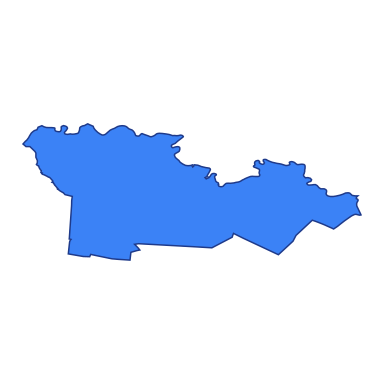 the district of Ape, Apes, Latvia
{"feature_id": "27541924B31450842752545", "entity_name": "Ape", "entity_type": "district", "adm_level": 2, "iso_a3": "LVA", "parent_name": "Latvia", "parent_adm1": "Apes", "projection": "natural_earth1", "projection_center": [26.703, 57.539], "detail": "fine", "context": "isolated", "style": "filled", "palette": "blue", "viewbox_px": 384, "rotation_deg": 0, "n_neighbors": 0, "source": "geoboundaries", "source_scale": "gbopen_adm2", "svg_char_len": 5902}
<svg xmlns="http://www.w3.org/2000/svg" viewBox="0 0 384 384"><path d="M352.5,215.4L353.0,215.2L354.2,214.6L355.0,214.4L356.0,214.3L357.1,214.6L358.5,214.9L359.1,215.1L360.2,215.1L361.0,214.9L360.7,214.2L356.8,206.0L356.6,203.8L357.0,202.4L357.9,200.9L358.1,200.1L357.7,199.3L356.3,198.6L356.5,197.1L357.8,195.9L355.2,195.9L352.2,195.4L349.7,193.1L348.2,192.8L345.6,193.0L342.9,194.2L339.9,195.2L335.9,196.1L333.2,196.5L330.6,196.5L328.8,196.2L327.3,195.6L326.4,194.6L326.1,193.6L326.6,191.7L326.5,190.4L325.7,189.5L324.1,188.8L320.8,188.8L319.0,187.7L317.2,185.6L315.5,184.6L313.9,184.6L312.0,184.9L309.1,185.1L308.2,185.0L307.2,184.2L306.8,183.4L307.1,183.0L308.8,182.0L310.8,181.4L311.6,179.8L310.4,178.3L307.9,177.6L305.4,177.8L304.0,176.4L303.7,175.9L303.6,175.5L303.5,175.0L303.8,174.2L304.2,173.5L304.8,170.9L304.6,170.1L304.8,169.5L305.0,168.8L305.1,166.7L305.0,165.8L304.9,165.3L304.6,165.0L304.0,164.5L302.9,164.3L301.9,164.2L300.4,164.3L298.4,164.6L297.7,164.6L297.1,164.5L296.2,163.9L295.5,163.4L294.7,162.6L293.6,162.1L292.7,161.8L291.8,161.6L290.8,161.7L289.8,162.0L289.4,162.3L289.3,162.5L289.9,164.2L289.8,164.5L289.4,164.8L288.9,165.0L288.0,165.3L286.9,165.5L285.7,165.5L285.1,165.3L284.4,165.1L283.8,164.9L281.3,164.1L280.3,163.9L279.3,163.7L277.1,163.4L275.8,163.1L274.6,162.8L273.2,162.5L272.3,162.3L269.8,161.4L267.6,160.4L266.6,159.8L266.0,159.5L265.2,159.4L264.7,159.4L263.9,159.5L263.5,159.7L263.3,159.9L263.2,160.1L263.3,161.2L264.0,162.1L264.4,162.9L263.7,164.0L262.9,164.3L262.1,164.3L260.8,163.8L259.5,163.0L259.3,162.6L259.7,161.9L259.3,161.3L258.7,160.7L258.3,160.5L257.7,160.5L257.1,160.6L255.8,161.0L254.8,162.0L254.6,162.6L254.7,163.0L254.6,163.4L254.6,163.7L254.9,164.4L254.9,164.7L254.8,165.0L254.6,165.3L254.0,165.7L253.7,165.9L253.5,166.2L253.5,166.5L254.0,167.1L255.7,167.7L256.5,168.0L257.5,168.5L258.3,168.8L258.9,169.1L259.4,169.5L259.5,170.0L259.5,170.7L259.4,171.3L259.2,172.1L259.1,172.8L259.4,174.1L259.7,174.4L259.8,175.0L259.7,175.4L259.5,175.9L259.0,176.2L258.2,176.5L257.3,176.5L255.4,176.5L253.4,176.4L252.3,176.3L251.4,176.4L250.5,176.5L249.6,176.8L246.8,177.9L245.0,178.7L244.2,179.2L242.4,180.0L240.4,181.3L238.5,182.0L235.8,182.4L234.0,182.9L230.3,183.3L228.3,183.2L226.8,183.3L226.2,183.4L225.7,183.7L224.4,184.8L223.3,186.1L222.5,186.5L221.5,186.7L220.5,186.7L219.5,186.4L218.7,186.0L218.6,185.6L218.4,185.2L218.2,184.8L218.7,184.5L218.5,183.8L218.4,183.1L218.0,182.7L217.3,182.4L216.7,182.1L216.2,181.6L215.8,181.2L215.6,180.7L215.4,179.7L215.2,179.0L214.8,177.9L214.6,176.9L214.7,176.4L215.0,175.9L216.0,175.2L216.3,174.9L216.3,174.4L216.0,174.1L215.7,173.9L214.3,173.5L213.4,173.5L212.6,173.6L211.8,174.0L211.1,174.7L210.5,175.7L209.8,176.7L209.3,177.1L208.5,177.1L208.8,177.7L206.2,178.9L205.0,177.6L206.2,177.0L206.9,176.7L207.3,175.4L209.3,172.0L210.4,169.7L210.1,168.7L209.2,168.1L205.8,167.6L201.1,166.5L200.0,166.0L197.8,165.2L194.2,164.8L193.9,164.9L193.7,166.2L192.7,167.0L192.1,166.0L192.2,165.0L190.5,165.5L188.0,165.7L185.5,165.4L182.7,164.0L180.2,162.3L178.8,160.4L177.5,159.4L175.4,157.5L174.7,156.1L174.4,155.0L174.7,154.1L175.3,153.7L176.3,153.0L178.2,152.0L179.3,151.1L179.8,149.4L179.8,147.9L179.5,147.3L178.9,146.9L177.9,146.6L176.7,146.7L175.1,147.0L173.7,147.5L172.6,147.7L172.1,147.5L171.6,146.7L171.3,146.1L171.6,145.2L172.8,144.4L175.2,143.4L176.5,142.2L178.0,140.9L180.9,138.7L183.1,137.0L183.3,136.4L182.8,135.9L181.9,135.3L180.4,135.1L178.3,135.6L176.6,135.7L174.5,135.5L172.6,135.6L169.2,134.5L166.3,134.0L162.5,133.5L159.4,133.3L157.7,133.5L156.5,133.9L154.9,135.2L153.5,136.0L151.6,136.7L150.2,136.7L148.1,135.8L144.9,134.7L142.0,133.6L141.3,133.9L140.5,134.5L139.5,135.7L138.4,136.1L137.1,136.0L135.7,135.5L135.4,134.9L134.7,133.1L133.8,131.7L132.9,130.7L131.9,129.9L131.0,129.6L129.6,129.1L128.5,128.5L127.4,127.4L125.9,126.4L124.4,125.9L122.1,125.7L119.5,126.0L117.5,126.6L114.5,128.3L112.4,129.1L110.3,130.1L108.3,131.8L106.5,133.4L105.3,134.4L103.5,135.0L102.2,135.0L100.3,134.1L97.9,132.5L96.6,131.3L95.1,129.8L93.8,128.0L93.2,126.3L91.0,125.3L89.3,124.6L87.9,123.9L87.5,123.9L86.2,124.6L84.6,125.5L82.2,126.0L81.5,126.5L80.7,126.8L79.9,127.5L79.6,128.9L79.5,130.1L78.7,132.3L78.1,133.1L77.3,133.5L74.2,134.1L72.1,134.2L70.3,133.9L67.5,134.4L65.4,134.1L64.7,133.6L64.4,132.6L64.9,131.8L66.2,130.5L67.2,128.9L67.5,128.1L66.7,126.7L65.4,126.1L63.5,125.6L62.0,126.2L61.2,126.9L61.2,127.6L61.3,129.1L61.0,130.4L60.4,131.3L59.6,131.7L58.4,131.7L56.6,131.4L55.4,130.9L55.0,130.2L54.8,129.4L54.9,128.3L54.7,128.0L53.6,127.8L51.6,127.6L48.5,127.6L46.3,127.5L44.0,126.8L41.9,125.7L38.1,127.2L37.0,129.7L34.3,130.6L32.6,131.9L31.3,133.1L29.6,135.8L28.6,137.7L26.8,140.1L25.3,141.4L23.0,144.0L26.0,146.6L29.9,146.6L35.0,151.5L35.9,153.1L35.9,157.3L36.6,158.8L37.4,160.7L37.2,163.4L36.5,164.2L36.4,164.5L37.5,165.5L38.6,165.9L39.2,167.8L40.5,169.9L41.3,170.6L41.1,171.8L40.9,172.3L42.2,173.0L41.7,173.6L42.6,174.3L44.1,174.8L47.7,176.6L48.3,177.1L49.1,177.2L49.8,177.6L52.8,180.9L52.9,181.2L52.5,181.5L52.5,181.8L52.5,182.1L52.3,182.1L52.2,182.1L52.0,182.3L53.2,182.7L53.4,182.7L53.5,182.8L53.5,183.0L53.7,183.6L53.8,183.8L54.0,184.0L54.5,184.2L54.6,184.4L54.6,184.7L54.6,185.0L55.0,185.4L55.4,185.8L57.7,188.5L57.9,188.7L57.4,189.0L57.5,189.2L58.0,189.3L59.9,190.8L62.9,192.6L63.2,192.6L65.0,194.6L72.3,196.4L71.7,200.5L71.6,205.0L71.5,206.8L69.3,238.6L69.2,238.9L71.0,239.4L70.2,240.3L69.6,241.9L69.3,244.6L68.3,253.9L83.3,256.5L89.7,256.7L90.7,254.4L95.8,255.5L111.9,258.8L117.8,259.3L130.0,260.1L130.9,252.3L136.9,250.6L139.8,250.0L138.2,248.0L135.7,245.4L134.6,244.3L138.5,243.7L195.2,246.8L211.9,247.8L232.2,237.2L232.7,235.5L233.5,233.4L243.4,238.3L278.4,254.7L293.0,241.2L296.0,235.4L312.3,220.2L316.0,221.5L318.4,222.4L320.4,223.2L322.2,223.9L324.6,224.9L326.6,225.8L331.8,228.1L333.6,229.0L337.6,226.3L340.7,223.8L344.7,220.7L351.1,216.2L352.5,215.4Z" fill="#3b82f6" stroke="#1e3a8a" stroke-width="1.5"/></svg>